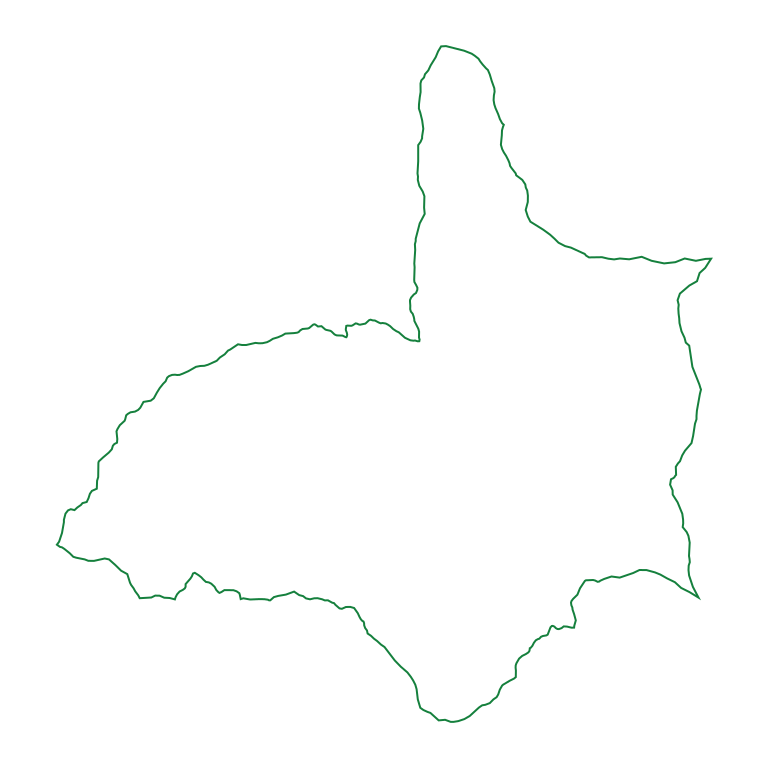 the district of Lauri, Samdrup Jongkhar, Bhutan
{"feature_id": "84629894B60450500664281", "entity_name": "Lauri", "entity_type": "district", "adm_level": 2, "iso_a3": "BTN", "parent_name": "Bhutan", "parent_adm1": "Samdrup Jongkhar", "projection": "natural_earth1", "projection_center": [91.92, 27.142], "detail": "fine", "context": "isolated", "style": "outline", "palette": "green", "viewbox_px": 768, "rotation_deg": 0, "n_neighbors": 0, "source": "geoboundaries", "source_scale": "gbopen_adm2", "svg_char_len": 6071}
<svg xmlns="http://www.w3.org/2000/svg" viewBox="0 0 768 768"><path d="M56.9,544.7L60.0,546.9L61.9,547.3L64.2,548.8L69.7,553.2L73.3,556.8L76.2,557.7L84.7,559.4L88.3,560.8L93.9,560.9L104.7,558.5L109.0,559.4L115.3,565.0L121.1,570.7L127.3,574.1L130.0,582.7L131.1,584.9L133.6,588.3L135.2,591.3L138.3,595.4L139.7,598.2L151.3,597.5L155.2,595.6L159.6,595.7L164.2,597.7L169.7,598.0L174.9,599.4L175.5,597.4L177.1,594.3L179.6,591.5L182.8,589.9L184.8,588.4L185.6,586.8L185.6,584.1L190.4,578.6L191.9,576.3L193.0,573.5L194.8,572.8L198.6,575.2L201.3,577.3L203.4,579.6L205.9,581.9L208.8,582.4L211.3,583.7L214.6,586.8L216.3,590.0L218.5,592.3L219.5,592.9L221.5,592.0L224.4,590.1L233.4,590.2L236.6,591.3L239.3,593.2L239.8,594.7L240.7,599.1L243.3,598.3L250.1,599.5L259.5,599.1L264.3,599.2L267.9,599.7L269.0,600.3L270.3,600.3L273.9,597.1L278.3,595.9L285.9,594.6L294.1,591.6L299.2,595.1L303.1,596.1L306.0,598.4L310.0,599.3L314.2,598.3L317.6,598.2L322.2,599.3L324.8,600.4L327.9,600.3L332.2,602.7L334.0,603.1L335.4,604.8L339.5,608.4L341.9,608.8L345.9,607.0L350.2,606.9L354.1,608.0L357.8,613.2L359.5,616.9L360.8,619.2L362.2,620.8L363.5,621.5L364.1,623.2L364.2,625.4L365.2,628.1L367.0,630.5L367.6,633.5L371.0,635.8L374.0,638.7L377.1,641.0L381.0,644.6L384.5,647.0L394.8,660.5L400.8,666.7L407.4,672.4L410.8,676.8L413.1,680.4L415.3,684.7L416.6,689.2L417.8,699.4L420.3,707.8L423.4,710.0L427.5,711.9L430.4,712.9L438.7,720.4L445.1,719.8L450.8,721.9L453.4,721.9L458.3,721.1L464.3,719.1L469.7,716.0L479.0,707.5L482.2,705.3L485.3,704.8L489.8,703.1L493.4,699.4L496.6,697.2L498.2,694.5L499.8,689.7L502.1,685.6L503.1,684.7L509.8,680.7L514.0,678.6L515.8,677.1L515.9,670.5L515.6,667.7L515.7,665.4L516.4,663.3L519.1,658.6L522.2,655.9L525.8,654.1L528.1,652.6L529.2,651.4L529.6,650.1L529.8,648.2L530.7,647.8L532.4,645.8L533.9,642.8L535.8,640.3L537.9,639.1L539.3,638.7L541.0,636.8L542.9,636.0L546.4,635.4L547.7,634.6L550.5,627.3L551.8,626.0L552.8,625.9L554.4,626.6L555.8,628.1L557.4,629.0L558.9,629.1L561.6,628.1L563.7,626.4L567.1,626.6L571.6,627.7L574.1,627.6L574.3,625.7L575.8,620.4L574.1,614.1L572.6,609.7L572.3,607.4L571.4,605.4L571.0,602.7L571.5,601.0L573.1,598.9L577.4,594.7L580.0,588.3L584.9,580.9L585.9,580.3L593.1,580.0L595.1,580.5L597.6,581.8L599.3,581.5L600.3,580.7L604.3,578.9L611.5,576.5L619.7,577.6L633.2,573.0L639.5,570.0L646.6,570.1L655.0,572.4L660.4,574.6L667.1,578.4L674.9,582.2L681.1,587.9L689.5,592.1L698.5,597.6L692.9,586.9L689.1,575.5L688.5,570.1L688.7,565.6L689.8,562.2L689.5,558.9L689.0,556.0L689.7,542.6L688.4,535.8L686.7,532.1L682.7,527.1L683.2,523.4L683.1,519.7L682.3,513.8L677.6,502.3L672.7,494.6L672.6,490.3L670.1,484.7L671.0,479.3L673.4,478.1L674.4,477.2L675.3,475.7L676.1,474.9L675.8,466.8L677.9,463.5L680.0,461.2L682.2,455.4L685.0,450.7L691.5,443.1L693.1,436.0L695.0,423.7L696.5,419.2L696.5,415.9L696.9,410.7L699.9,393.9L701.0,389.5L700.4,388.0L699.4,384.6L692.4,366.9L689.2,345.6L685.8,342.6L684.5,337.7L681.5,331.3L679.5,323.1L679.2,318.2L678.6,313.7L678.3,308.5L678.7,304.8L677.6,300.2L679.9,293.6L689.4,285.5L697.0,281.2L699.6,273.0L705.2,267.9L711.1,258.7L705.6,258.9L695.9,260.8L684.7,258.5L675.3,262.2L664.1,263.4L651.6,260.8L641.7,256.8L629.2,259.3L619.9,258.5L614.1,259.4L608.3,258.7L602.0,257.2L589.0,257.4L586.1,255.6L584.8,254.0L570.9,247.6L565.1,246.1L558.5,242.7L554.5,238.7L550.1,234.7L543.1,229.6L530.4,221.7L527.8,216.6L525.7,210.0L527.8,202.0L527.9,195.6L527.2,190.5L525.8,187.6L525.3,184.4L522.3,179.9L516.2,175.3L515.7,173.4L511.5,168.0L510.1,165.9L509.5,163.1L508.3,160.2L506.0,155.7L503.9,152.5L502.2,149.2L500.9,144.8L501.8,135.3L502.0,130.4L503.0,126.8L503.8,124.8L502.1,123.2L499.9,119.1L498.1,114.0L495.5,108.1L494.3,104.4L493.6,100.1L493.9,95.4L494.6,91.7L494.3,88.2L491.7,80.9L489.8,74.5L487.9,70.0L486.1,68.4L482.7,64.6L480.2,61.4L478.5,58.7L474.7,55.7L471.7,53.7L464.1,50.7L446.0,46.1L441.1,46.4L438.1,51.4L435.7,57.2L430.7,65.3L428.3,70.4L425.0,74.2L424.0,77.5L421.3,80.4L420.5,83.5L420.6,92.1L419.8,97.1L419.0,104.3L418.9,108.6L420.3,112.8L422.2,120.6L423.3,128.8L422.1,136.4L422.1,138.3L420.6,141.8L418.2,145.1L418.2,161.3L417.5,173.5L418.0,176.6L417.8,179.9L419.3,185.8L422.7,191.5L424.4,196.2L424.1,207.7L424.7,213.9L419.7,223.4L415.7,238.8L415.7,241.1L414.9,244.2L415.2,250.0L414.3,263.5L414.6,267.2L414.2,279.9L414.4,282.0L416.1,285.0L417.4,287.7L417.3,289.9L416.0,293.0L413.8,294.5L411.1,297.6L410.0,300.1L410.0,301.6L410.3,305.7L410.2,309.2L410.9,311.6L412.7,313.8L413.7,316.7L414.2,318.9L414.4,321.0L418.3,328.7L419.1,331.6L419.0,337.5L419.6,339.6L419.3,341.2L417.7,341.3L415.0,340.5L413.5,340.7L410.4,340.3L405.0,337.8L398.8,332.3L396.4,331.2L393.1,329.0L390.2,326.2L388.0,324.7L385.7,323.5L382.5,323.0L380.7,323.3L378.9,322.6L374.9,320.5L372.8,320.4L370.6,319.7L369.2,320.1L365.4,323.6L360.0,324.7L358.9,324.5L356.9,323.6L355.6,323.4L352.5,325.4L351.3,325.8L347.5,325.6L346.3,325.9L345.8,329.2L345.9,330.3L346.8,332.6L347.2,334.6L347.0,335.9L346.4,337.2L345.5,337.1L342.6,335.6L336.8,335.4L335.4,334.9L334.4,334.3L331.5,331.5L330.4,330.8L326.3,329.9L325.3,329.5L321.5,326.2L318.0,326.5L315.4,324.6L314.3,324.3L313.1,324.7L309.2,328.0L307.9,328.5L302.5,329.0L300.2,330.4L298.6,332.1L297.1,332.7L293.9,333.1L285.3,333.6L282.1,335.5L277.9,337.3L272.9,338.8L269.8,340.8L267.0,342.2L262.5,343.2L259.0,343.3L255.4,342.9L246.2,345.0L242.0,345.0L238.0,344.3L230.1,349.6L228.0,350.6L224.7,354.3L219.9,357.5L216.7,360.8L208.1,364.7L204.4,365.8L200.2,366.0L196.0,366.8L188.3,371.2L182.9,373.6L179.5,374.9L177.1,375.0L175.0,374.7L172.1,374.9L169.0,376.1L167.2,377.6L165.6,381.3L163.2,383.7L159.7,388.1L156.9,392.6L153.8,398.3L150.7,400.7L143.5,401.9L140.3,407.7L138.2,409.9L135.0,411.6L130.5,412.3L127.8,413.9L126.2,415.3L125.2,419.3L124.6,420.8L119.8,425.2L117.5,429.0L116.5,431.3L117.3,439.1L117.0,442.7L114.4,444.0L112.9,445.7L111.8,449.3L108.8,452.6L103.0,457.5L98.8,461.4L98.4,462.8L98.2,477.1L97.1,480.7L96.8,488.7L91.9,490.9L89.9,493.8L88.5,498.2L86.7,502.0L82.5,503.1L80.9,505.0L77.3,507.5L74.5,510.1L70.8,509.2L68.0,510.4L65.5,513.6L63.9,519.8L63.9,522.2L62.0,533.0L59.1,541.7L56.9,544.7Z" fill="none" stroke="#15803d" stroke-width="2"/></svg>